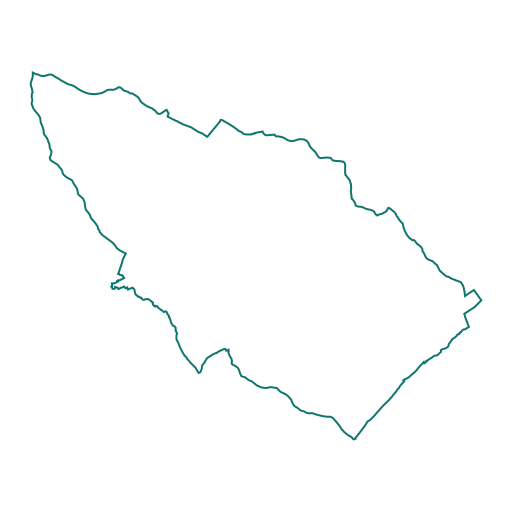 Plopana, Bacau, Romania (Albers equal-area conic projection)
{"feature_id": "2599482B77085245724303", "entity_name": "Plopana", "entity_type": "district", "adm_level": 2, "iso_a3": "ROU", "parent_name": "Romania", "parent_adm1": "Bacau", "projection": "albers", "projection_center": [27.232, 46.669], "detail": "fine", "context": "isolated", "style": "outline", "palette": "teal", "viewbox_px": 512, "rotation_deg": 0, "n_neighbors": 0, "source": "geoboundaries", "source_scale": "gbopen_adm2", "svg_char_len": 5989}
<svg xmlns="http://www.w3.org/2000/svg" viewBox="0 0 512 512"><path d="M432.7,261.3L428.1,259.4L426.7,258.4L425.5,256.7L424.0,253.2L422.6,251.4L422.4,249.3L421.4,247.4L418.9,245.1L417.0,243.8L415.1,241.2L414.0,240.1L412.3,240.1L409.3,237.9L406.8,234.8L404.4,229.9L403.5,227.3L402.8,223.8L402.4,223.1L401.2,222.2L399.4,220.0L397.7,217.2L396.5,215.9L395.8,213.8L394.2,211.8L392.9,210.9L390.6,209.0L388.7,207.8L388.0,208.2L386.8,210.6L385.7,211.7L382.1,213.7L378.7,214.6L377.3,215.5L375.3,214.0L374.1,211.6L373.1,210.8L370.5,209.8L366.5,209.0L361.9,206.9L358.4,206.6L356.4,205.9L355.5,205.3L355.2,203.5L354.6,202.2L352.8,199.6L351.7,198.7L351.7,197.7L350.8,191.1L351.2,189.0L350.9,183.9L349.9,181.3L349.8,180.6L349.2,179.6L346.2,175.6L345.5,175.2L345.5,174.2L345.1,173.0L345.2,164.5L344.9,163.5L344.3,162.6L343.5,161.8L343.0,161.5L342.1,161.7L340.7,161.2L335.6,160.9L332.7,160.4L330.9,158.2L330.1,157.8L326.4,157.5L320.7,158.1L319.2,157.6L317.9,156.2L316.1,153.1L314.8,151.4L313.6,150.5L310.8,147.6L309.8,146.1L308.1,142.4L307.2,141.3L304.9,139.8L303.1,139.3L299.9,139.2L298.3,139.4L293.8,140.9L291.1,141.2L287.8,140.2L283.6,137.7L281.6,137.0L278.6,136.4L275.8,136.3L274.6,134.7L270.6,134.9L266.9,135.3L265.7,135.0L265.0,134.8L263.6,133.5L262.8,132.3L262.6,131.5L256.3,132.7L254.1,133.3L254.2,133.7L251.2,134.2L251.1,134.5L245.3,134.4L242.6,133.4L242.3,132.6L238.5,130.7L234.3,127.4L228.3,123.6L222.1,120.1L221.4,119.9L220.7,119.9L220.1,120.8L220.1,121.3L207.3,136.8L206.7,136.7L205.2,135.4L202.1,133.4L198.1,131.8L191.3,127.4L182.8,124.3L180.7,123.0L178.7,122.4L178.3,121.7L175.9,120.8L167.6,116.6L168.6,113.2L168.2,113.0L166.8,110.1L166.4,109.8L160.8,113.6L159.3,114.0L157.8,113.5L156.8,112.7L154.9,110.4L153.6,109.7L152.3,108.5L146.9,106.2L142.5,103.2L140.4,101.2L139.2,98.6L137.4,96.7L132.5,93.6L130.2,93.3L128.0,91.9L123.6,90.4L123.0,90.0L122.3,88.9L120.1,87.4L119.5,87.3L118.3,87.4L116.1,88.8L113.5,89.8L109.5,89.7L107.4,90.0L105.7,91.1L101.8,93.0L98.8,93.6L94.8,94.2L89.9,93.8L87.1,93.2L83.0,91.6L79.2,89.6L73.8,86.0L70.9,84.9L68.9,84.5L67.0,83.6L61.4,80.6L58.8,78.8L54.1,76.2L52.3,74.9L50.2,74.5L49.0,74.6L45.6,75.7L43.7,76.0L41.5,75.9L39.8,75.4L37.6,74.3L36.0,74.2L32.8,72.6L32.8,75.8L32.6,77.2L31.5,80.8L30.8,82.8L30.7,83.9L31.2,86.7L32.1,89.6L32.6,92.6L31.9,93.8L31.8,95.3L31.7,96.6L32.3,99.9L32.2,101.4L31.7,102.8L31.6,103.9L33.2,108.0L34.4,110.1L38.2,114.6L40.1,117.6L40.8,122.8L42.1,125.7L43.5,129.7L43.7,132.8L44.2,134.5L46.8,137.8L48.0,140.6L48.5,142.3L49.4,144.0L49.4,145.0L49.9,148.4L51.5,151.2L51.1,154.4L49.7,157.8L50.3,159.7L51.7,161.0L57.9,164.9L59.6,167.4L61.4,169.3L62.2,171.0L62.7,173.4L64.0,175.1L67.1,177.7L71.4,179.9L72.3,180.7L73.9,184.0L76.5,187.8L77.3,189.6L78.0,193.6L78.4,194.5L83.2,198.8L84.6,202.4L85.0,206.1L85.7,209.1L86.1,210.1L87.8,212.0L90.1,215.3L90.5,216.9L91.3,218.4L95.4,223.2L97.5,226.3L98.2,229.0L99.3,230.4L99.9,232.3L100.3,232.8L102.4,235.1L112.4,242.5L115.3,245.6L116.8,248.2L120.1,250.6L125.8,253.5L122.8,259.4L122.0,262.9L118.2,273.9L119.2,274.0L119.6,274.8L120.8,275.0L121.7,275.5L122.3,275.3L124.2,278.0L119.6,280.3L118.0,280.3L117.3,280.7L117.9,281.6L114.3,283.4L111.9,283.4L112.3,285.9L111.3,286.6L112.1,287.5L112.5,288.8L113.9,289.0L115.1,288.1L115.1,287.0L117.7,287.7L117.7,288.3L118.7,289.1L120.8,287.8L121.5,287.8L124.0,286.5L125.5,288.3L127.1,287.4L128.0,289.6L129.8,288.7L132.7,287.7L133.0,288.4L134.1,289.1L134.6,290.1L134.9,292.7L135.7,294.5L136.9,295.6L137.7,296.0L137.9,296.7L139.3,296.8L140.6,297.9L141.3,297.8L142.2,299.2L143.0,299.8L144.1,299.8L145.1,299.3L147.8,299.0L149.9,300.1L152.9,302.7L152.6,303.0L153.0,303.6L152.8,304.0L153.2,304.9L154.2,305.6L154.3,306.1L155.1,306.6L155.6,305.9L157.3,306.2L157.5,306.9L158.1,307.7L159.2,308.3L160.6,309.7L161.9,310.3L163.2,311.7L163.8,312.0L165.3,311.4L166.4,311.6L167.4,313.9L169.0,316.1L168.9,317.2L169.7,318.0L170.0,319.1L170.4,319.8L171.1,322.6L173.0,325.7L174.6,326.3L175.7,327.9L175.5,330.0L176.0,330.7L176.0,331.6L177.0,333.0L176.9,334.0L176.5,335.2L176.4,338.8L176.8,340.0L178.2,342.7L179.8,346.8L181.9,351.1L184.5,355.6L186.3,357.2L186.6,358.1L191.1,363.4L195.2,367.3L198.6,372.9L200.1,372.4L200.7,371.4L201.9,368.3L201.9,366.8L202.2,366.0L202.3,365.1L204.7,362.4L205.1,361.2L207.2,358.0L209.1,356.9L209.5,356.4L210.8,355.9L211.5,355.2L214.2,353.7L217.2,352.7L217.8,352.0L223.9,349.0L225.4,349.0L226.0,350.6L226.7,350.7L228.4,349.8L228.4,350.9L228.7,351.4L228.4,351.8L228.6,353.3L229.9,356.3L231.5,358.9L232.0,361.3L231.7,362.4L231.6,363.3L232.1,364.1L233.1,364.9L235.1,365.8L237.8,367.8L239.3,370.4L239.4,371.6L241.2,375.9L242.2,376.5L245.1,377.3L248.9,380.3L250.9,380.9L253.0,382.3L256.7,385.3L261.1,387.3L262.5,387.7L266.6,388.0L270.4,387.1L275.6,387.9L276.3,387.8L277.1,388.3L280.0,391.4L281.4,392.3L285.2,394.0L287.4,395.5L290.8,399.2L291.4,400.1L291.9,401.8L293.8,405.3L295.1,406.5L297.4,407.8L300.7,410.5L304.4,411.5L305.8,412.5L307.9,413.2L309.5,413.4L311.3,413.1L312.8,413.3L316.8,414.7L322.5,416.1L327.5,416.8L329.7,416.7L331.8,417.3L333.3,418.4L336.5,422.1L339.6,426.0L341.7,429.3L344.5,432.3L348.5,435.5L351.1,436.8L353.6,439.4L355.5,438.8L355.5,438.0L361.6,430.2L365.8,424.4L367.4,421.6L370.0,420.1L373.9,416.2L382.1,406.8L385.0,403.8L387.9,401.2L391.8,396.9L393.1,395.0L396.4,391.3L397.3,389.6L398.9,388.1L400.2,385.7L404.3,381.2L404.2,380.9L403.4,380.4L405.1,379.0L406.5,378.7L407.5,377.9L408.6,377.5L411.7,374.6L414.4,372.4L416.1,370.8L419.7,366.3L423.8,362.0L424.3,363.2L426.7,361.5L426.4,361.0L430.6,358.4L434.3,355.8L437.3,355.3L441.0,351.8L440.9,350.2L442.7,349.1L445.7,348.3L448.0,346.7L448.4,346.2L448.8,344.1L451.6,340.4L452.0,339.3L455.4,337.1L456.6,335.9L457.1,334.9L458.6,333.9L458.9,334.2L459.7,333.5L459.9,332.4L461.1,332.1L462.2,330.4L463.7,329.4L464.9,329.4L468.9,326.9L465.2,317.2L464.3,313.8L474.7,307.0L481.3,300.3L473.9,290.0L465.0,296.0L464.6,292.3L463.6,287.3L462.5,284.6L460.8,282.2L451.0,278.4L448.4,276.7L446.7,276.5L444.6,275.0L439.8,270.7L436.7,264.8L435.4,263.9L432.7,261.3Z" fill="none" stroke="#0f766e" stroke-width="2"/></svg>